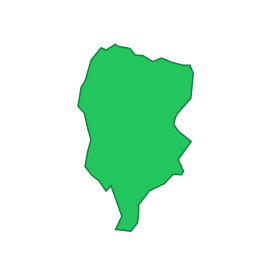 the district of Shada'a, Sa`dah, Yemen, rotated 38°
{"feature_id": "15242507B23625419846835", "entity_name": "Shada'a", "entity_type": "district", "adm_level": 2, "iso_a3": "YEM", "parent_name": "Yemen", "parent_adm1": "Sa`dah", "projection": "mercator", "projection_center": [43.194, 16.887], "detail": "fine", "context": "isolated", "style": "filled", "palette": "green", "viewbox_px": 256, "rotation_deg": 38, "n_neighbors": 0, "source": "geoboundaries", "source_scale": "gbopen_adm2", "svg_char_len": 835}
<svg xmlns="http://www.w3.org/2000/svg" viewBox="0 0 256 256"><g transform="rotate(38 128 128)"><path d="M138.1,40.4L132.6,44.7L121.9,49.4L121.0,49.6L111.3,52.2L106.7,60.4L95.2,61.8L88.9,66.0L80.6,64.2L77.9,65.5L69.5,70.0L66.4,69.7L62.9,80.0L57.4,81.4L57.1,97.1L65.0,116.8L66.1,124.9L75.2,141.6L84.4,143.2L97.6,153.9L105.9,159.9L110.8,171.5L117.8,184.8L128.3,187.5L137.5,187.5L149.6,191.2L150.1,183.9L160.7,190.6L177.5,201.3L180.6,215.6L183.6,213.8L184.0,213.5L184.5,213.2L193.8,207.6L193.8,205.8L193.9,197.1L190.2,190.6L183.6,181.8L183.6,164.0L190.9,149.4L192.0,137.3L193.0,135.8L198.9,132.0L198.4,127.9L186.9,121.8L186.1,99.8L169.6,99.5L161.6,97.0L158.7,90.0L158.0,86.7L159.2,65.9L146.5,45.9L146.1,45.3L146.0,45.1L145.7,44.7L141.4,42.2L140.4,41.7L139.9,41.4L138.1,40.4Z" fill="#22c55e" stroke="#15803d" stroke-width="1.5"/></g></svg>